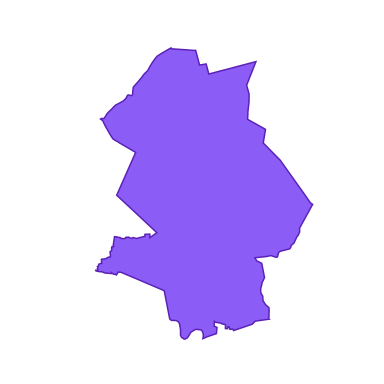 the district of San Blas Atempa, Oaxaca, Mexico, rotated 345°
{"feature_id": "50627088B2240066816782", "entity_name": "San Blas Atempa", "entity_type": "district", "adm_level": 2, "iso_a3": "MEX", "parent_name": "Mexico", "parent_adm1": "Oaxaca", "projection": "orthographic", "projection_center": [-95.19, 16.36], "detail": "fine", "context": "isolated", "style": "filled", "palette": "violet", "viewbox_px": 384, "rotation_deg": 345, "n_neighbors": 0, "source": "geoboundaries", "source_scale": "gbopen_adm2", "svg_char_len": 5033}
<svg xmlns="http://www.w3.org/2000/svg" viewBox="0 0 384 384"><g transform="rotate(345 192 192)"><path d="M287.5,82.6L238.8,82.4L238.8,72.0L237.9,71.9L232.1,71.3L232.2,68.5L232.2,56.1L231.9,56.1L229.2,55.3L225.4,53.9L216.3,50.8L209.0,48.3L209.0,47.4L207.4,47.8L197.5,50.5L195.3,51.2L193.5,51.8L191.4,53.2L190.1,54.3L188.5,55.6L187.2,56.7L186.0,57.8L183.9,59.8L180.8,63.1L178.8,64.3L176.9,65.3L174.8,66.8L172.8,68.5L170.6,70.0L168.1,71.8L165.9,73.2L164.4,74.2L162.9,75.2L162.2,76.0L161.6,77.5L160.8,79.6L160.1,81.7L159.8,82.4L159.2,82.9L158.7,83.1L158.0,83.1L157.2,82.6L156.6,82.2L155.7,81.8L154.8,81.9L154.2,82.4L153.7,83.0L153.3,83.6L153.0,83.9L152.7,84.1L151.7,84.9L151.1,85.2L149.9,85.9L149.1,86.3L148.4,86.5L147.6,86.6L146.9,86.8L146.3,87.0L145.5,87.2L144.7,87.4L144.1,87.5L143.3,87.7L142.5,87.9L141.8,88.0L141.0,88.2L140.3,88.5L139.7,88.8L139.1,89.2L138.5,89.4L138.4,89.5L136.4,90.8L135.4,91.4L133.8,92.2L130.3,94.3L128.9,95.6L127.9,96.6L127.1,97.3L125.9,98.2L124.8,98.0L123.8,97.5L123.1,97.6L122.5,97.9L123.6,99.1L124.3,100.4L125.2,105.3L127.7,115.1L129.3,120.1L131.8,122.9L133.3,124.1L134.2,125.4L145.8,137.1L146.6,137.9L147.8,139.2L122.0,171.2L118.4,175.6L133.5,199.7L147.5,222.2L139.5,225.2L140.4,221.8L138.7,221.4L135.6,220.7L135.1,222.6L129.1,222.5L126.3,222.5L123.2,220.7L122.2,221.3L120.0,220.2L119.5,219.7L119.5,219.4L116.5,218.6L116.1,219.0L116.0,219.5L113.4,219.3L113.4,219.2L110.9,218.1L110.8,217.4L107.3,215.9L107.4,215.7L105.6,215.1L103.1,220.8L103.0,221.1L102.3,222.6L102.4,222.8L102.6,223.0L102.0,224.6L101.9,224.6L101.6,224.4L101.4,224.2L101.2,224.0L100.9,224.0L100.7,224.0L100.2,224.6L99.9,225.1L99.8,225.3L99.8,225.6L99.7,225.7L99.7,225.9L99.7,226.1L99.7,226.4L99.7,226.6L99.7,226.8L99.6,227.0L99.2,227.6L99.1,227.8L98.8,228.0L98.7,228.0L98.3,228.0L98.0,228.1L97.6,228.3L97.3,228.7L97.2,229.5L97.2,229.8L97.0,230.5L97.0,230.9L96.7,232.5L96.4,233.6L95.3,233.4L94.8,233.4L94.5,233.4L94.4,233.3L94.2,233.3L93.7,233.5L93.2,233.7L92.7,233.7L92.4,233.8L92.1,233.9L91.7,234.0L90.8,234.1L90.7,234.1L90.4,234.1L90.1,234.0L89.6,233.9L89.3,233.9L88.7,233.7L88.0,233.6L87.7,233.5L87.2,233.5L86.9,233.8L86.9,234.3L87.0,234.3L87.0,234.5L86.9,234.8L86.9,235.0L86.7,235.6L86.5,235.9L86.5,236.1L86.5,236.3L86.4,236.8L86.3,237.3L86.3,237.6L85.9,237.5L85.4,237.5L84.6,237.5L84.0,237.6L83.8,237.5L83.6,237.5L83.0,238.1L82.9,238.2L82.8,238.3L82.6,238.5L82.4,238.9L82.4,239.1L82.2,239.6L82.0,239.8L81.9,239.8L81.5,239.8L81.7,240.1L81.7,240.3L81.7,240.5L81.3,240.9L81.2,241.1L80.8,241.5L81.1,242.0L81.2,242.3L81.0,242.7L80.8,242.9L80.6,242.8L80.3,243.5L79.7,243.1L79.5,242.9L79.3,242.8L79.2,242.8L79.1,242.7L79.0,242.9L78.7,243.0L78.8,243.2L79.0,243.4L79.0,243.5L79.6,243.8L79.9,243.9L80.1,244.0L81.0,244.5L82.7,245.3L82.8,245.3L83.5,245.4L83.6,245.5L83.8,245.6L84.0,245.7L84.2,245.8L84.4,245.8L84.5,245.9L84.8,246.1L85.0,246.2L85.1,246.3L85.3,246.4L85.4,246.5L85.5,246.6L85.6,246.8L85.8,246.9L86.0,247.0L86.3,247.2L86.5,247.4L86.8,247.5L87.2,247.8L87.3,247.8L87.6,248.0L88.0,248.2L88.4,248.3L88.8,248.4L89.4,248.5L89.5,248.6L89.9,248.7L90.3,248.9L90.7,249.1L91.1,249.3L91.3,249.3L91.7,249.4L91.9,249.5L92.6,249.7L93.4,250.0L93.6,249.6L93.6,249.4L94.1,250.1L95.2,251.2L96.0,251.5L96.4,251.8L96.6,251.9L96.8,252.0L97.0,251.8L97.2,252.0L97.6,252.5L99.2,251.1L99.4,250.9L99.7,250.6L99.8,250.4L99.9,250.2L102.7,251.2L139.6,280.1L137.6,308.9L138.9,310.7L142.7,311.8L143.5,312.1L144.5,313.1L145.2,313.9L145.7,315.1L145.8,317.1L145.6,318.3L145.5,319.3L145.3,321.8L144.4,325.5L143.9,326.8L143.9,327.6L144.1,329.0L144.5,329.9L145.0,330.5L145.5,330.9L145.9,331.6L146.4,332.1L146.9,332.2L147.6,332.2L148.6,332.0L149.7,331.6L150.5,331.1L151.0,330.7L152.2,329.5L153.0,328.8L153.9,327.8L154.9,327.1L156.1,326.7L157.6,326.3L159.1,325.7L159.8,325.8L161.4,326.0L162.5,326.6L164.0,327.0L164.9,327.6L165.5,328.2L165.8,329.0L166.1,330.6L166.1,331.1L166.2,332.1L165.7,333.4L165.7,334.0L165.3,334.9L164.8,335.7L164.6,336.5L166.3,336.2L168.6,335.8L178.9,335.1L181.1,329.3L178.7,327.2L180.1,322.8L181.4,324.1L184.8,325.6L186.8,326.8L186.7,327.0L189.5,328.5L190.0,328.8L188.9,332.6L190.1,333.0L190.9,333.2L191.1,332.6L191.3,332.6L192.0,331.4L192.8,331.6L193.1,334.5L195.9,334.9L196.3,336.6L216.0,335.3L219.7,333.1L233.6,334.8L233.4,334.5L233.9,332.8L234.1,332.3L234.5,331.0L234.8,329.2L235.3,328.3L236.3,324.4L236.3,323.9L236.3,323.5L236.2,323.2L235.0,321.5L233.9,319.9L232.9,316.8L232.5,315.4L232.8,313.6L233.4,310.9L233.0,309.8L232.7,308.4L232.5,307.8L232.4,307.1L232.7,305.8L233.0,304.5L233.3,303.3L234.1,301.7L235.5,299.5L235.9,298.3L236.0,298.1L239.9,293.4L240.9,278.9L236.6,275.1L235.8,271.8L247.3,273.6L251.1,273.8L252.2,274.1L253.2,274.8L256.4,276.9L257.8,276.8L260.0,272.9L261.2,272.3L263.2,272.0L263.8,272.1L271.7,272.2L272.9,271.2L274.1,269.3L277.4,267.6L281.9,262.2L283.2,261.4L285.6,258.5L286.6,254.7L305.3,235.2L303.6,233.1L301.6,227.7L299.9,222.9L285.3,183.8L283.6,180.9L273.5,163.1L279.2,150.5L264.5,136.2L266.3,130.7L266.4,129.9L270.4,119.7L272.5,112.2L272.4,103.0L287.5,82.6Z" fill="#8b5cf6" stroke="#5b21b6" stroke-width="1.5"/></g></svg>